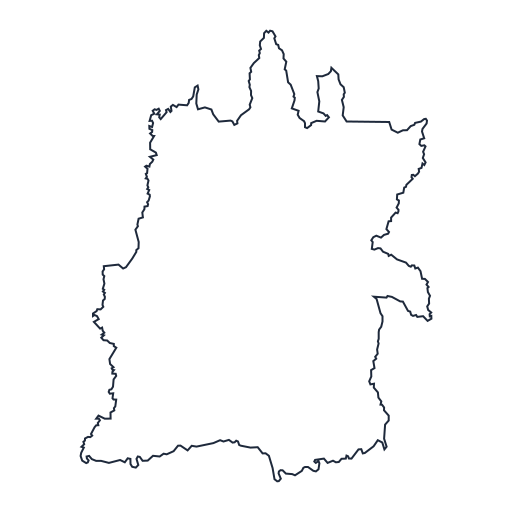 outline of Encruzilhada do Sul, Rio Grande do Sul, Brazil
{"feature_id": "56859067B74487303198442", "entity_name": "Encruzilhada do Sul", "entity_type": "district", "adm_level": 2, "iso_a3": "BRA", "parent_name": "Brazil", "parent_adm1": "Rio Grande do Sul", "projection": "orthographic", "projection_center": [-52.659, -30.587], "detail": "fine", "context": "isolated", "style": "outline", "palette": "slate", "viewbox_px": 512, "rotation_deg": 0, "n_neighbors": 0, "source": "geoboundaries", "source_scale": "gbopen_adm2", "svg_char_len": 6015}
<svg xmlns="http://www.w3.org/2000/svg" viewBox="0 0 512 512"><path d="M431.4,318.7L431.3,315.9L429.8,316.3L429.6,314.2L431.2,312.5L428.2,310.0L427.2,306.4L429.1,303.6L428.9,298.7L430.0,295.8L427.9,292.1L427.4,288.1L428.6,287.0L426.5,284.6L428.0,282.0L424.9,278.9L422.1,278.8L420.5,271.2L417.9,267.6L415.3,268.5L414.3,265.5L411.8,265.4L410.8,266.7L408.8,265.9L406.0,262.6L397.0,259.4L391.2,254.7L388.7,255.9L388.2,253.9L383.0,251.7L380.5,248.4L378.0,248.1L374.4,249.6L371.8,248.9L372.7,242.1L371.3,240.3L373.3,237.2L376.3,235.7L381.0,237.6L384.0,234.9L388.1,233.7L389.0,232.0L386.4,229.1L388.6,221.3L391.1,221.1L391.1,217.6L395.6,212.6L397.6,213.2L398.4,211.5L398.5,209.8L396.6,207.6L398.8,203.3L398.9,200.5L396.9,199.4L397.2,194.5L403.3,192.7L404.2,187.6L406.0,186.8L406.4,184.8L412.7,178.8L411.5,177.2L411.8,175.0L413.3,174.8L414.9,176.2L417.9,173.6L419.1,171.7L418.7,168.9L421.5,167.9L422.5,163.5L424.3,165.0L425.6,162.4L422.8,158.0L424.1,154.2L423.1,151.8L425.5,146.4L424.3,145.3L421.3,145.9L419.4,144.1L420.3,139.5L424.2,138.3L422.0,131.5L422.5,128.9L426.6,123.5L427.0,120.6L425.8,118.8L424.1,119.1L420.9,121.6L415.1,122.9L414.3,124.8L410.7,126.1L407.0,130.2L402.9,130.3L397.8,132.7L391.6,129.6L389.2,122.0L346.6,121.5L342.7,115.4L343.7,107.2L341.9,99.9L343.9,96.9L343.7,94.3L344.8,92.7L343.7,87.2L340.5,84.3L338.6,79.4L338.3,74.4L331.4,67.8L330.9,71.2L328.3,74.0L322.3,76.3L316.9,76.1L318.2,81.1L318.7,88.5L317.4,92.1L319.3,101.4L318.2,111.5L323.5,113.4L325.7,115.9L327.1,115.1L328.9,117.3L325.0,121.5L316.6,120.8L311.2,123.1L311.1,125.1L307.1,128.1L305.0,127.2L305.0,123.2L304.1,121.2L299.6,118.0L297.7,114.7L298.6,110.8L291.8,108.4L294.5,100.4L294.8,97.7L293.5,96.6L294.3,94.1L290.7,84.7L288.1,82.3L286.2,70.6L284.7,69.3L286.3,61.7L283.5,58.5L283.7,54.1L282.0,50.3L279.0,48.3L278.2,44.9L276.2,44.2L274.3,38.3L275.5,36.4L272.5,31.3L270.1,30.7L268.5,32.6L266.3,30.8L264.1,33.2L263.9,37.9L260.2,41.5L259.8,45.3L261.0,49.0L259.2,50.6L259.8,53.1L258.8,55.1L259.3,58.0L253.8,63.1L250.4,67.9L251.2,71.8L249.6,73.3L249.9,79.4L248.7,81.0L249.8,84.8L249.4,87.1L251.1,91.0L251.0,95.1L252.3,98.1L249.7,104.7L250.4,107.3L249.1,109.3L241.0,115.2L237.1,120.8L237.4,123.4L234.3,124.9L232.4,121.4L230.6,120.6L218.7,121.6L213.2,114.3L211.4,109.5L204.9,107.4L198.0,109.3L196.3,103.5L196.7,94.5L198.4,89.4L197.6,85.6L194.8,87.4L193.2,96.4L191.5,99.0L189.1,99.9L188.7,102.9L187.1,105.3L178.5,104.6L176.6,107.1L172.9,104.9L170.8,106.6L171.5,110.9L170.4,112.0L168.2,108.9L166.0,110.1L166.6,112.2L160.7,119.1L159.2,117.3L159.7,114.6L156.9,114.3L159.8,110.9L158.7,108.7L156.5,109.9L154.6,109.3L152.7,110.8L154.3,113.7L151.2,115.2L149.6,120.9L152.0,120.7L153.1,123.0L152.1,127.0L149.3,126.0L149.4,128.8L152.3,130.1L152.1,132.0L150.1,133.5L152.6,135.9L154.1,136.0L150.1,142.7L150.2,149.3L155.9,152.6L156.7,155.1L149.9,156.8L153.3,159.6L152.3,161.7L149.9,164.0L149.4,166.6L146.4,165.7L145.1,166.6L147.5,168.8L147.1,173.1L145.8,173.9L146.9,176.8L145.8,178.4L147.5,178.8L148.5,180.5L147.4,185.4L148.3,187.3L147.2,189.0L149.2,190.0L147.6,193.6L149.7,194.7L149.9,196.4L148.6,200.6L147.1,202.2L148.1,204.2L147.6,206.1L144.5,206.6L144.4,209.2L142.3,212.5L142.9,217.4L138.6,218.7L137.4,224.5L137.9,226.2L135.4,229.7L138.7,242.0L138.5,248.2L136.3,250.1L136.3,251.9L132.3,258.5L126.0,267.2L123.1,268.5L118.5,264.6L103.8,266.2L104.1,269.3L102.6,271.5L102.7,274.6L104.3,276.1L103.5,279.2L104.4,283.6L102.8,288.8L104.2,289.8L102.9,291.5L104.9,292.9L103.8,294.5L104.9,296.8L104.7,299.0L103.0,300.5L102.5,304.9L103.3,306.8L100.6,309.4L97.3,309.2L96.6,311.1L93.0,313.5L93.0,316.0L94.5,315.0L97.0,316.1L98.7,319.1L93.9,321.9L100.1,328.6L102.1,327.6L102.7,330.7L104.3,332.7L101.8,334.6L103.9,335.3L101.3,337.7L103.5,340.2L107.2,340.5L109.8,343.0L113.8,343.9L113.8,346.1L116.3,347.7L109.4,359.1L110.1,364.0L113.5,367.2L111.7,368.3L112.5,369.8L113.9,370.1L112.4,371.9L112.3,373.6L115.7,373.8L116.2,375.9L113.6,379.4L113.0,386.7L111.4,389.3L109.4,389.8L108.7,391.9L109.8,393.7L113.2,393.3L112.5,398.3L113.5,399.5L116.2,399.6L115.3,406.4L113.9,408.2L114.3,410.4L110.5,412.5L110.6,418.6L104.8,418.7L98.5,415.6L96.2,418.7L98.9,418.7L99.9,420.3L97.8,423.0L98.3,425.2L96.2,425.3L94.6,427.2L91.0,434.0L92.2,435.6L90.3,437.1L88.0,436.9L85.0,438.5L84.9,440.6L83.4,441.8L84.2,444.2L81.5,446.8L83.8,447.6L81.2,452.8L80.6,456.0L82.2,460.6L86.2,463.1L87.8,462.4L88.6,460.4L86.9,458.5L86.6,456.5L89.1,455.9L91.8,459.1L96.2,460.9L101.2,460.9L108.9,462.9L120.1,460.0L124.8,462.3L127.7,458.3L130.4,458.9L130.5,464.0L132.2,466.8L135.8,467.6L138.3,465.0L136.5,458.9L137.8,456.5L139.8,456.9L142.6,460.8L147.7,460.6L153.0,455.8L159.7,456.5L163.6,453.7L166.7,454.3L173.6,451.2L178.0,445.7L180.5,445.6L187.6,450.4L191.7,445.8L196.5,446.6L213.4,443.1L220.1,440.2L223.5,441.5L228.9,439.9L232.6,442.6L234.6,442.3L236.2,440.7L238.0,441.5L239.2,445.0L240.9,445.7L250.5,447.6L257.7,447.2L262.6,453.4L265.6,453.3L268.9,455.8L272.6,468.1L274.5,479.2L277.2,481.3L278.8,481.1L280.8,478.7L278.6,473.4L278.9,471.5L280.5,470.2L282.6,470.3L285.9,473.6L292.2,474.1L295.0,475.3L301.8,470.9L303.4,467.8L305.0,467.0L308.0,467.0L313.3,470.8L315.9,471.4L318.5,469.3L319.4,463.3L318.5,461.1L315.8,462.9L314.3,461.5L315.1,459.9L323.9,458.6L327.6,462.9L333.0,460.7L335.9,462.3L338.8,462.0L341.5,458.8L345.8,458.6L346.5,455.6L348.1,456.3L348.9,458.5L351.5,458.6L358.5,449.4L361.3,449.2L362.8,453.4L364.8,453.0L373.6,446.3L377.8,440.2L382.3,442.5L384.4,449.4L386.6,446.7L384.1,438.7L385.1,424.6L388.7,420.5L388.7,415.6L384.0,410.3L384.1,407.5L382.0,404.7L380.5,404.6L381.3,401.4L378.4,397.6L377.9,392.4L373.8,387.6L374.0,383.7L370.4,384.4L369.2,381.3L371.3,376.5L371.1,370.1L374.5,368.1L373.3,361.1L376.2,358.7L375.2,356.8L377.7,353.7L377.1,349.5L378.6,343.5L377.9,341.3L378.7,338.9L378.7,332.1L379.1,329.6L381.2,326.8L382.5,321.5L382.5,316.2L380.5,313.2L376.6,299.0L373.9,296.7L386.5,297.6L387.5,296.0L391.9,296.9L400.2,301.4L402.9,301.6L408.0,310.9L410.2,311.6L411.1,314.8L413.0,315.9L416.1,315.0L417.3,316.9L423.1,316.2L427.6,320.9L431.4,318.7Z" fill="none" stroke="#1e293b" stroke-width="2"/></svg>